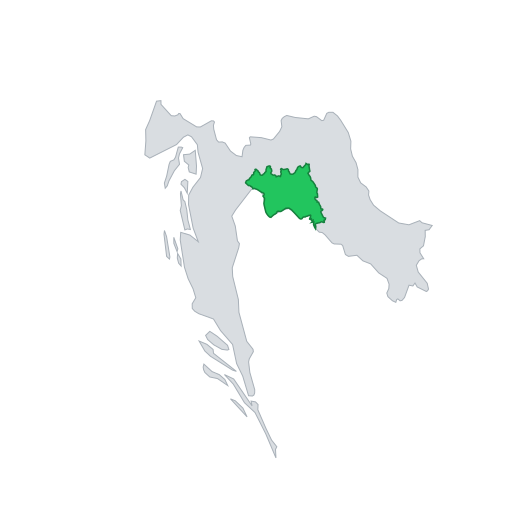 where Sisacko-Moslavacka sits in Croatia, rotated 31°
{"feature_id": "HRV-1587", "entity_name": "Sisacko-Moslavacka", "entity_type": "County", "adm_level": 1, "iso_a3": "HRV", "parent_name": "Croatia", "parent_adm1": "", "projection": "orthographic", "projection_center": [16.353, 45.412], "detail": "fine", "context": "in_parent", "style": "filled", "palette": "green", "viewbox_px": 512, "rotation_deg": 31, "n_neighbors": 0, "source": "natural_earth", "source_scale": "10m", "svg_char_len": 8189}
<svg xmlns="http://www.w3.org/2000/svg" viewBox="0 0 512 512"><g transform="rotate(31 256 256)"><path d="M94.5,171.8L96.5,175.0L111.1,179.4L114.3,177.8L116.3,175.2L116.4,173.6L117.6,173.1L122.8,175.8L138.7,175.9L141.9,174.0L148.1,163.1L150.1,162.1L151.4,162.6L152.2,165.9L154.5,169.1L162.3,176.7L165.3,177.6L168.3,175.6L171.4,175.1L180.1,179.2L187.4,180.0L192.9,178.1L190.3,172.1L189.9,169.0L190.3,166.4L194.1,163.8L193.9,162.7L189.4,158.0L189.7,156.8L199.6,151.8L209.1,148.9L210.7,146.7L212.1,137.0L211.6,131.9L207.8,127.0L207.6,124.5L208.5,122.0L210.0,119.7L218.2,117.1L230.2,111.5L233.9,106.2L236.1,105.4L242.7,106.1L244.1,104.8L243.2,97.3L244.4,95.3L247.9,93.2L253.7,94.0L258.6,96.0L271.4,102.6L278.2,108.7L282.0,115.5L287.2,120.8L293.7,124.5L298.9,129.5L302.7,135.9L308.1,139.4L314.9,140.1L319.3,142.2L321.1,145.8L324.9,149.0L330.6,151.9L339.3,153.3L361.3,154.2L371.0,150.5L378.1,141.4L381.2,142.0L391.3,139.1L390.8,144.4L387.8,146.9L391.1,152.2L394.3,161.0L392.8,165.5L394.9,168.8L401.2,172.0L399.5,173.1L398.2,176.1L398.2,181.4L403.3,186.2L416.8,191.2L420.9,195.5L421.0,197.4L420.3,198.7L410.1,199.5L406.2,197.3L405.9,200.9L402.2,202.2L404.7,215.1L404.0,218.9L402.6,220.2L399.7,219.7L399.0,220.9L399.7,223.7L396.0,224.1L390.0,222.9L387.2,220.4L386.6,215.5L384.6,211.6L379.8,207.7L369.9,207.3L358.4,203.7L350.1,205.1L342.1,203.4L335.4,208.7L331.9,208.7L324.9,202.4L322.8,202.1L316.8,205.4L314.4,205.6L304.3,202.3L300.6,201.8L297.9,203.0L293.1,201.8L281.4,193.5L274.3,199.9L259.6,198.4L255.3,202.8L250.3,211.0L246.3,215.0L242.7,213.6L238.6,209.9L231.4,200.5L227.7,198.8L223.5,198.4L219.8,199.4L217.8,201.3L214.8,227.0L214.7,234.3L222.8,241.0L232.3,252.6L235.4,253.9L236.9,257.7L241.7,278.3L246.6,285.6L263.3,302.4L270.4,313.1L292.0,333.9L301.5,337.5L303.0,339.4L303.2,347.6L304.2,350.6L310.7,359.0L323.8,371.3L325.4,374.1L325.8,376.3L325.0,377.9L321.6,379.6L306.5,365.8L294.8,358.2L281.5,343.9L264.0,338.2L252.0,331.9L236.8,334.9L231.9,334.9L228.4,333.8L225.9,329.8L225.9,322.8L218.9,316.5L209.5,310.4L200.5,302.5L182.8,281.3L179.3,274.5L188.6,272.1L199.2,273.5L187.8,264.5L171.7,246.7L166.9,238.4L166.5,229.5L168.0,217.3L165.2,208.5L152.9,196.9L148.4,190.8L139.3,187.0L135.2,187.3L132.6,191.6L130.5,201.4L114.5,226.8L108.6,226.5L102.3,214.0L96.3,204.5L95.1,194.6L91.0,174.5L94.5,171.8ZM372.1,408.8L372.3,411.7L377.1,418.8L355.8,403.3L335.8,390.7L321.7,387.7L302.5,377.5L290.0,373.9L300.2,372.9L329.8,386.5L326.5,382.9L330.7,381.3L334.3,382.3L336.7,386.8L353.5,398.8L364.2,405.8L372.1,408.8ZM143.8,241.6L143.3,244.7L139.9,240.7L138.3,233.6L134.3,222.2L133.8,219.0L136.1,215.9L136.1,212.7L133.3,202.7L135.9,201.1L137.4,200.9L137.8,207.9L139.1,211.9L143.2,216.8L142.1,224.9L142.7,236.4L143.8,241.6ZM162.5,216.7L155.5,218.3L152.3,215.1L151.5,212.6L145.8,211.7L141.7,206.5L146.7,202.8L149.5,196.7L158.7,209.6L162.5,216.7ZM274.8,353.6L265.6,353.9L257.6,352.5L253.7,350.0L255.2,344.4L264.0,344.8L277.6,347.2L280.9,350.1L279.9,351.4L274.8,353.6ZM298.6,365.0L294.6,365.9L268.6,365.4L261.1,363.8L251.0,358.2L259.4,357.0L267.3,358.2L269.7,361.3L298.6,365.0ZM183.2,268.2L181.6,270.3L167.6,256.0L166.1,251.3L159.2,241.6L158.2,238.9L164.6,245.4L167.0,246.0L173.0,252.2L179.0,260.2L186.1,267.1L183.2,268.2ZM267.0,375.5L277.8,377.7L285.7,376.6L292.9,377.9L298.5,381.6L286.1,380.9L278.7,383.5L272.2,382.2L269.7,380.5L267.9,378.4L267.0,375.5ZM182.7,301.2L183.4,303.2L179.6,302.4L165.9,284.7L164.4,281.3L169.4,285.5L182.7,301.2ZM159.2,227.2L164.8,237.7L159.5,234.4L154.7,233.1L153.8,230.7L155.6,226.9L159.2,227.2ZM323.1,393.1L331.2,398.5L307.7,391.6L312.8,390.8L323.1,393.1ZM193.2,297.3L197.0,303.2L193.4,302.0L189.6,298.3L187.5,294.2L193.2,297.3ZM185.3,290.1L186.1,292.9L179.1,287.5L175.9,282.3L185.3,290.1Z" fill="#d9dde1" stroke="#a8b0b8" stroke-width="1"/><path d="M283.0,196.8L282.7,196.3L282.7,195.6L282.6,195.0L282.2,193.3L281.7,192.9L280.2,194.2L280.0,194.6L279.6,195.2L279.0,195.9L278.5,196.2L278.2,197.1L277.7,197.5L277.1,197.7L276.5,198.3L276.2,199.3L276.2,200.0L276.1,200.5L275.4,201.2L274.0,201.4L262.8,198.1L259.5,198.0L256.9,199.8L255.0,203.9L254.3,205.1L253.7,205.5L252.2,206.0L251.7,206.4L251.3,207.1L251.3,207.6L251.4,208.1L251.3,209.0L251.0,209.7L249.9,211.8L249.2,214.1L248.9,215.2L247.6,215.6L245.5,215.1L243.3,214.2L241.7,213.2L236.6,208.0L235.6,206.7L234.4,203.6L233.6,202.1L232.9,201.6L231.6,201.3L231.1,201.0L231.2,200.6L231.4,200.0L231.4,199.3L230.9,198.6L230.3,198.2L229.6,198.2L228.4,198.5L223.0,198.3L219.9,198.8L218.7,199.9L217.7,199.2L217.2,199.1L216.8,199.0L216.6,199.0L216.5,198.9L216.4,198.8L216.2,198.8L215.7,199.1L215.3,199.0L215.0,198.9L214.2,198.9L214.0,199.0L213.8,199.1L213.5,199.4L213.3,199.5L213.2,199.5L209.5,198.7L209.3,198.5L209.2,198.2L209.2,197.5L209.1,197.1L209.0,196.7L209.1,196.4L209.3,196.1L209.7,195.5L209.9,195.0L210.7,194.3L210.8,194.1L210.7,193.8L210.6,193.5L210.5,193.2L210.5,192.8L210.6,192.4L210.9,191.4L211.0,191.0L211.0,190.5L211.0,190.0L211.0,189.6L210.9,189.2L210.9,188.8L211.0,188.4L211.9,187.7L211.9,187.3L211.7,186.9L211.6,186.5L211.2,186.0L211.1,185.7L211.1,185.1L211.5,183.8L211.5,183.4L211.4,183.2L210.8,182.7L210.6,182.4L210.7,182.1L211.0,181.8L211.7,181.6L213.2,182.0L213.9,182.0L214.2,182.2L214.6,182.7L214.8,182.8L215.4,182.7L215.8,182.8L216.3,183.0L216.8,183.4L217.2,183.8L217.5,184.1L217.9,184.2L218.3,184.2L219.4,183.8L219.8,183.5L220.0,183.1L220.0,182.3L220.6,181.2L220.7,180.8L220.6,180.1L220.7,179.6L220.8,179.2L221.0,178.8L221.1,178.4L220.8,178.0L220.5,177.4L220.2,177.0L219.4,173.8L220.9,172.0L221.8,171.7L222.1,171.8L222.3,171.9L222.5,172.1L222.6,172.4L222.6,172.7L222.5,172.9L222.7,173.1L222.9,173.2L224.4,173.5L225.6,174.8L225.9,175.5L225.9,176.0L225.8,177.0L226.3,177.7L228.6,177.9L229.4,177.7L229.9,177.3L230.3,176.9L230.7,176.9L231.3,176.9L231.7,177.0L232.0,177.2L232.5,177.7L234.0,175.8L234.4,175.6L235.1,175.4L235.8,175.5L236.0,175.4L236.0,175.0L235.9,174.9L235.7,174.6L235.6,174.3L235.6,173.1L235.5,172.7L235.1,172.3L234.2,171.5L234.0,171.3L233.8,171.0L233.8,170.7L233.8,170.1L233.6,169.8L233.4,169.6L232.9,169.4L232.7,169.3L232.5,169.1L232.5,168.6L232.5,168.3L232.7,168.0L232.9,167.9L234.2,168.0L234.7,167.9L235.1,167.7L236.7,166.4L237.6,165.4L237.8,165.2L238.2,165.1L238.5,165.1L238.9,165.2L239.5,165.5L240.0,166.3L240.1,166.5L240.4,166.7L240.9,166.7L241.3,166.9L241.7,167.2L242.1,167.6L242.6,167.9L243.2,168.1L244.7,167.4L245.5,166.8L246.5,164.4L246.2,162.1L246.5,161.1L246.1,158.9L246.2,158.2L246.3,157.6L247.2,156.3L247.5,156.0L247.8,156.0L248.7,156.6L249.1,156.7L249.3,156.7L250.4,156.3L250.6,156.2L250.8,155.9L251.0,154.3L251.4,152.7L251.4,152.2L251.4,151.9L251.4,151.5L251.2,150.9L253.5,150.9L253.8,150.2L254.0,150.1L254.3,150.0L254.5,150.2L254.6,150.7L255.3,151.8L257.6,154.6L258.5,155.5L258.5,156.0L258.2,156.5L258.0,157.1L257.9,158.1L257.9,158.4L258.1,158.6L258.5,158.6L259.0,158.8L259.6,159.3L260.1,159.6L260.7,159.7L261.4,160.0L262.7,161.0L263.5,162.1L264.1,162.6L264.3,162.8L265.4,162.8L266.5,163.0L270.3,164.8L270.6,165.0L271.2,165.8L271.6,166.1L272.2,166.3L273.5,166.4L273.8,166.7L274.1,167.0L274.9,169.1L275.1,169.6L275.6,170.4L275.9,170.7L276.4,170.9L276.6,171.0L277.3,172.0L278.1,173.1L278.4,173.6L278.5,173.9L277.5,174.9L277.2,174.9L276.9,174.9L276.7,174.8L276.4,174.9L276.3,175.1L276.3,175.4L276.7,176.2L277.1,176.6L277.5,176.9L277.9,177.1L278.4,177.2L279.5,177.1L279.9,177.3L280.2,177.6L280.5,178.1L280.6,178.3L280.9,178.2L281.9,177.6L283.9,179.2L285.8,180.2L286.1,180.5L287.2,182.1L287.8,182.0L288.6,181.6L288.9,181.5L289.1,181.6L289.3,181.8L289.4,182.2L289.3,182.7L289.2,183.0L289.0,183.4L288.7,183.9L288.7,184.2L288.7,184.6L288.8,184.8L289.4,185.3L294.0,188.2L296.1,187.7L296.6,189.1L296.6,189.4L296.5,189.6L296.2,189.9L296.0,190.1L295.9,190.4L296.2,190.8L297.0,191.5L297.2,191.9L297.1,192.1L296.8,192.4L296.1,192.6L295.6,192.6L295.3,192.7L294.6,192.9L294.4,193.0L294.2,193.3L293.6,194.5L292.7,195.3L292.4,195.5L291.0,197.0L290.8,197.3L290.7,197.5L290.6,198.3L290.7,198.6L290.9,198.9L291.5,199.3L292.2,200.1L293.0,202.0L291.6,201.3L289.2,199.5L288.0,197.1L287.7,197.4L286.8,198.0L286.5,198.3L286.7,197.6L286.8,197.1L286.7,196.7L286.5,196.1L285.9,197.1L285.3,196.7L284.6,195.8L283.8,195.5L284.0,196.1L284.2,196.6L283.0,196.8Z" fill="#22c55e" stroke="#15803d" stroke-width="1.5"/></g></svg>